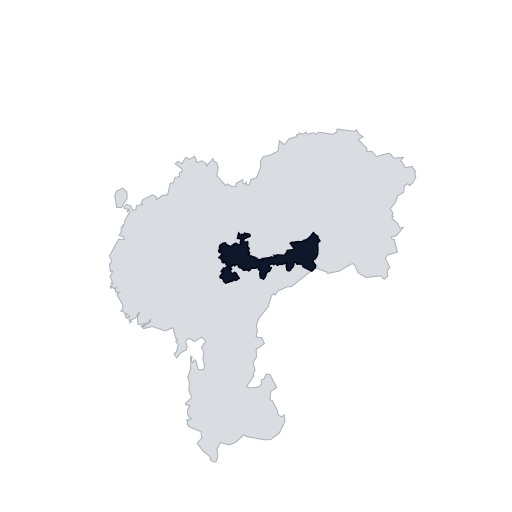 location of Gansu within China, rotated 136°
{"feature_id": "CHN-1150", "entity_name": "Gansu", "entity_type": "Province", "adm_level": 1, "iso_a3": "CHN", "parent_name": "China", "parent_adm1": "", "projection": "albers", "projection_center": [103.309, 37.691], "detail": "fine", "context": "in_parent", "style": "filled", "palette": "ink", "viewbox_px": 512, "rotation_deg": 136, "n_neighbors": 0, "source": "natural_earth", "source_scale": "10m", "svg_char_len": 9736}
<svg xmlns="http://www.w3.org/2000/svg" viewBox="0 0 512 512"><g transform="rotate(136 256 256)"><path d="M298.0,375.1L287.8,371.8L286.8,367.8L288.5,365.6L281.4,364.7L277.0,361.5L267.1,367.9L264.6,366.1L259.8,368.7L255.9,366.3L253.3,369.1L250.1,368.3L248.7,370.0L250.1,378.6L246.4,378.2L245.2,373.8L238.0,375.7L236.4,371.5L230.8,370.3L233.6,364.1L228.8,362.1L227.7,356.5L229.0,354.9L219.4,356.0L220.6,353.6L219.5,350.4L221.9,345.6L228.3,341.2L228.9,327.8L226.4,327.8L225.2,323.1L222.3,320.1L219.8,322.1L212.5,320.1L214.8,317.5L214.0,315.2L211.8,316.0L213.5,313.5L211.4,311.8L206.6,314.7L201.4,312.0L191.3,316.4L186.6,321.3L181.5,322.5L176.8,319.1L167.4,316.1L159.1,322.7L158.2,316.3L150.8,317.3L144.1,313.9L142.4,315.0L140.8,313.2L139.5,314.6L137.8,311.3L134.0,310.3L134.7,308.2L128.7,304.4L128.4,301.8L124.7,301.4L116.2,290.2L112.0,289.1L109.4,291.0L98.6,277.1L96.1,277.2L97.3,272.1L96.2,267.2L101.6,268.8L101.5,256.3L103.7,254.5L100.0,250.6L100.3,243.8L89.4,238.0L88.3,235.7L89.2,230.9L81.5,224.5L86.5,224.0L85.7,221.9L87.3,215.7L81.6,212.2L82.7,205.4L84.6,205.0L86.3,201.6L92.2,199.8L96.7,200.0L96.7,202.7L100.5,203.4L105.5,199.3L112.6,200.9L117.2,198.1L126.8,196.6L127.6,191.7L130.1,190.6L129.6,189.1L132.1,188.8L131.4,181.0L133.3,176.4L130.3,174.2L141.2,173.1L145.3,175.9L146.4,173.7L145.0,172.0L151.6,160.6L160.5,165.3L164.7,164.3L167.6,154.9L172.5,154.0L175.0,150.0L180.0,150.3L180.1,155.1L191.6,163.9L194.3,173.0L191.2,180.9L192.0,183.7L206.7,187.4L216.6,193.7L216.3,195.5L221.6,206.5L251.6,209.3L255.4,212.4L264.7,215.7L269.3,214.6L269.4,216.4L272.2,216.8L282.7,211.0L297.8,209.1L303.8,206.0L307.0,201.2L312.1,197.8L308.6,192.9L310.9,187.1L320.8,188.7L325.7,183.0L331.9,181.6L335.9,174.5L340.0,173.3L340.4,171.4L353.5,168.6L352.0,165.0L344.4,159.7L340.5,160.3L338.6,163.2L335.2,162.0L330.7,164.1L328.3,160.9L332.6,146.9L339.2,148.4L345.7,143.0L344.8,140.5L347.8,130.6L350.5,126.2L349.4,122.7L346.2,122.1L350.0,117.0L362.4,112.4L373.2,113.9L377.8,118.1L388.2,132.6L388.8,135.7L399.6,136.1L406.2,138.4L411.2,146.5L418.8,143.9L421.3,139.9L426.5,135.9L428.7,136.2L430.5,140.0L428.6,144.1L429.6,152.5L428.4,162.2L421.2,162.9L417.6,168.0L422.5,178.7L422.5,182.7L419.3,185.1L420.3,186.4L415.8,183.9L415.8,188.4L412.3,192.8L407.4,194.6L409.6,197.1L409.3,199.0L400.3,198.7L397.7,206.0L392.0,211.0L389.3,216.0L381.3,220.4L372.5,229.3L371.9,227.9L375.1,225.7L375.5,223.4L372.2,224.0L371.9,222.8L376.4,214.1L373.1,210.9L369.3,212.3L366.2,218.3L360.3,223.2L358.6,228.1L351.4,229.7L351.4,235.4L359.8,237.2L360.9,242.8L363.2,243.9L366.2,243.3L368.5,238.6L371.3,236.8L377.4,238.7L383.9,237.8L382.8,242.7L380.0,242.2L373.5,246.2L373.1,250.3L370.2,250.3L371.1,251.9L365.5,262.1L373.4,265.3L379.6,277.3L387.3,281.9L387.1,283.6L378.2,282.0L375.3,283.9L379.7,282.7L388.6,288.5L383.3,294.9L380.3,295.5L378.7,297.0L385.9,295.1L392.2,297.4L388.8,301.2L392.0,300.5L392.2,303.3L388.9,304.0L390.8,305.1L389.9,307.8L391.4,310.3L388.1,310.7L385.8,313.6L382.7,325.2L379.3,324.6L382.0,327.7L379.4,330.4L377.0,330.3L380.6,330.6L381.4,335.3L378.1,335.4L379.2,337.0L377.0,337.6L375.4,342.5L369.6,344.6L371.5,346.1L367.2,351.9L363.7,352.0L361.2,357.9L343.2,363.5L339.0,359.4L337.8,361.0L340.0,366.2L336.5,366.7L333.0,370.4L331.2,369.0L330.9,370.8L328.1,370.3L325.7,372.7L316.7,375.2L315.0,378.4L318.0,381.4L316.8,383.2L313.2,383.0L311.2,378.8L313.0,374.4L310.1,372.9L307.0,375.2L301.7,371.8L302.0,373.9L298.0,375.1ZM319.3,384.3L322.4,387.7L315.7,397.5L311.5,399.6L304.9,397.5L304.3,391.7L308.7,387.0L319.3,384.3ZM388.1,285.1L385.7,285.1L383.3,283.5L385.1,283.5L388.1,285.1ZM393.2,295.6L391.5,296.4L391.0,295.4L393.2,295.6ZM382.7,333.5L381.9,334.9L381.8,333.3L382.7,333.5ZM315.9,377.9L317.7,377.1L317.7,378.0L315.9,377.9Z" fill="#d9dde1" stroke="#a8b0b8" stroke-width="1"/><path d="M221.5,206.4L226.4,206.3L229.7,215.8L228.5,216.8L228.5,217.4L230.1,219.8L232.2,221.7L232.2,222.0L231.5,224.6L233.7,224.6L235.2,223.2L237.2,222.4L239.3,222.5L240.3,222.0L240.9,222.0L242.4,222.2L242.7,222.4L243.4,223.7L243.5,224.3L243.4,224.7L242.2,226.2L241.6,227.5L239.8,228.7L239.2,229.2L238.5,230.1L240.6,230.4L241.5,231.2L243.3,231.9L243.7,232.3L243.9,233.1L244.8,233.5L245.0,234.1L246.9,234.2L247.1,234.7L247.1,235.9L247.2,236.5L248.3,237.5L248.6,237.6L249.0,237.3L249.3,237.4L249.2,238.1L249.6,238.7L250.0,239.0L249.8,239.3L249.9,239.5L250.5,239.5L251.5,240.0L253.1,240.1L254.3,238.6L253.1,237.1L253.1,236.9L256.6,235.7L257.0,235.7L257.8,236.2L260.1,236.7L261.2,235.9L263.2,234.8L265.0,234.3L266.7,234.1L266.9,234.2L266.8,235.1L267.9,236.8L267.9,237.4L267.5,238.1L266.9,238.5L266.4,239.6L265.8,240.5L263.1,242.3L263.4,243.0L263.6,244.5L262.8,244.8L262.8,245.7L263.0,246.8L264.6,247.4L267.3,249.9L268.2,250.5L269.2,250.4L269.6,250.0L271.2,250.3L270.9,250.6L271.2,250.9L270.6,251.4L270.7,251.7L271.1,251.9L271.5,251.6L272.1,251.8L272.5,252.7L272.8,253.0L273.6,253.3L274.2,253.7L275.1,255.1L275.1,255.3L274.5,255.6L274.5,256.0L274.8,257.1L275.3,258.1L275.8,258.8L276.0,259.6L276.0,260.6L275.3,261.2L275.2,262.1L276.0,263.4L276.8,263.8L277.9,263.7L277.7,264.0L277.7,264.3L278.6,265.5L278.8,265.5L279.3,265.2L280.2,265.5L279.1,265.8L279.0,266.0L279.7,265.9L280.9,266.0L281.8,267.1L282.2,267.2L282.8,266.6L282.9,266.0L282.9,265.5L282.5,265.3L282.4,264.9L283.0,264.8L282.6,264.3L282.5,263.6L283.3,263.4L284.1,263.6L284.4,263.8L285.5,262.9L285.1,262.1L285.7,261.8L285.5,261.6L285.7,261.3L285.6,260.5L284.9,259.5L284.3,259.6L283.4,259.0L282.7,259.1L282.6,258.8L282.8,258.4L282.7,257.7L282.2,257.3L282.6,256.9L282.6,255.7L282.9,255.4L283.3,255.4L283.6,254.9L283.5,254.6L283.0,253.8L283.4,253.2L283.3,252.7L283.4,251.8L283.6,251.6L284.1,251.6L285.2,252.3L286.5,252.1L287.2,252.3L287.5,252.6L287.6,253.8L289.0,253.9L289.3,254.3L290.2,254.4L291.5,254.9L291.9,255.5L292.4,255.6L292.5,256.1L293.3,256.3L293.6,256.0L293.9,256.2L294.5,256.4L295.1,257.0L296.2,257.2L296.8,257.7L296.8,258.1L296.5,258.7L296.9,259.5L296.8,260.6L295.7,261.7L295.9,262.3L296.0,263.4L296.6,264.3L296.7,265.6L296.0,266.5L294.5,266.7L294.2,266.4L293.8,266.5L292.6,267.1L292.4,266.8L291.1,266.4L291.0,266.9L290.7,267.2L291.3,268.3L291.9,268.9L291.8,269.1L291.1,269.3L290.1,269.3L289.6,269.6L288.4,269.5L287.8,269.9L286.7,268.8L286.0,268.7L285.8,268.5L283.6,268.6L283.0,269.0L283.1,269.8L283.5,270.4L283.4,270.7L283.1,271.4L282.7,271.7L282.0,272.6L282.4,273.1L283.1,273.1L283.9,273.4L284.4,274.1L284.5,275.1L283.6,275.0L283.3,275.1L283.6,275.3L283.9,276.1L283.5,276.3L282.9,277.8L283.0,278.2L283.3,278.4L283.1,278.7L283.2,279.4L283.8,280.1L283.8,280.7L283.3,280.8L283.0,280.4L282.8,280.3L282.1,280.4L281.3,280.8L281.0,280.7L280.7,280.4L280.2,280.4L279.9,280.9L279.1,281.3L278.9,282.0L278.4,282.2L278.3,282.5L278.5,283.0L279.7,283.5L279.6,284.1L279.7,285.1L279.6,285.4L278.1,286.3L276.8,286.0L276.4,286.2L276.1,286.6L276.6,287.4L275.5,288.3L274.9,288.1L274.4,288.7L274.0,288.3L273.1,288.6L272.5,288.3L271.3,288.2L270.7,288.0L269.6,287.0L268.9,286.8L268.8,286.5L268.8,286.1L269.0,285.9L269.5,285.8L269.7,285.2L268.9,284.0L268.8,283.3L269.4,283.0L268.8,282.6L268.0,281.6L268.0,280.8L267.8,280.4L267.5,280.2L265.3,280.2L264.5,279.9L263.7,279.9L263.9,279.1L262.8,279.5L261.7,279.3L261.5,279.1L261.5,278.5L261.2,278.1L261.1,276.4L260.3,275.9L259.6,275.2L258.7,275.4L258.3,275.9L257.5,276.3L257.4,276.5L257.8,276.7L257.8,276.9L256.6,277.0L256.1,277.8L255.4,277.7L254.7,278.0L255.3,278.9L255.2,279.2L255.7,279.5L255.8,279.8L255.7,280.3L255.9,280.7L256.8,281.2L256.6,281.4L256.8,281.8L256.6,281.8L256.1,282.3L255.5,282.5L255.1,282.9L254.5,283.1L254.2,283.7L253.4,283.8L252.5,284.5L252.5,284.0L252.3,283.5L252.8,282.9L253.0,282.1L252.8,281.1L252.2,280.7L252.1,281.3L251.6,281.5L251.0,281.4L250.7,280.3L250.3,279.8L249.4,280.3L248.4,280.0L248.1,280.2L248.0,279.2L247.8,278.6L247.0,278.4L246.6,278.0L245.6,276.1L245.6,275.7L245.8,275.2L246.6,274.3L247.5,274.8L248.7,275.0L249.2,275.4L250.8,275.8L251.1,276.0L251.3,276.4L252.2,277.0L252.8,276.3L253.4,276.4L254.2,275.3L254.6,275.3L255.1,274.6L254.6,273.6L254.1,273.3L253.4,273.1L253.1,272.2L252.6,272.5L252.3,272.5L252.1,271.9L252.7,271.4L253.1,271.5L253.3,270.5L253.8,270.0L254.3,269.9L255.0,269.3L255.5,269.1L255.8,268.5L256.2,268.2L255.8,267.4L255.4,267.3L255.7,266.8L255.7,266.2L256.5,266.1L257.2,265.3L258.3,265.4L258.5,264.7L258.2,263.6L258.3,262.9L258.6,263.0L258.9,262.7L259.2,262.7L260.1,263.0L260.1,262.2L260.3,261.7L259.8,261.1L260.5,259.9L259.6,259.1L259.1,259.0L258.8,257.6L258.4,256.8L257.7,256.2L257.7,255.9L258.2,255.6L258.2,255.3L256.9,254.0L257.1,252.9L257.4,252.7L257.4,252.3L256.7,251.4L256.2,251.2L255.3,250.4L254.9,250.3L254.2,249.9L254.2,249.6L254.4,249.2L254.0,248.7L253.8,247.7L253.6,247.7L252.9,248.6L252.7,249.4L252.1,248.8L249.6,247.1L248.1,245.8L245.5,244.6L245.3,244.4L245.1,243.6L244.9,243.2L243.7,242.8L242.5,241.4L242.3,241.4L242.1,242.1L242.6,242.9L242.5,243.7L242.1,243.1L241.6,242.8L240.4,242.3L238.9,241.1L238.5,240.4L236.2,238.0L236.1,237.3L235.4,237.2L235.1,236.8L234.3,236.4L234.0,236.4L233.7,236.9L233.1,237.3L232.1,237.2L231.8,236.8L231.4,236.7L231.0,237.4L229.7,238.3L225.6,235.3L224.2,234.8L223.4,234.8L223.1,235.4L223.2,236.3L223.0,237.4L223.0,238.4L222.9,238.9L222.7,239.1L222.8,239.8L222.6,241.2L222.6,241.4L222.3,241.5L221.3,241.2L220.0,240.5L219.9,240.3L219.9,239.8L218.7,239.0L218.1,238.9L217.2,238.5L217.0,237.9L216.3,237.6L215.7,236.9L215.2,236.7L214.5,235.6L213.8,235.3L212.9,234.1L211.0,234.2L210.5,233.8L209.4,233.3L208.8,232.8L205.9,232.3L204.3,232.5L203.3,232.2L202.8,232.4L202.0,232.3L201.3,232.7L200.4,232.8L199.5,232.7L198.9,233.0L198.3,232.9L198.7,230.6L197.9,227.6L197.9,227.1L199.0,225.4L199.5,222.4L200.1,222.4L201.6,222.7L203.4,221.9L206.5,218.1L210.2,214.6L213.2,213.2L215.8,212.9L217.5,213.3L218.0,213.1L219.2,211.9L219.1,210.9L219.6,207.6L221.5,206.4Z" fill="#0f172a" stroke="#020617" stroke-width="1.5"/></g></svg>